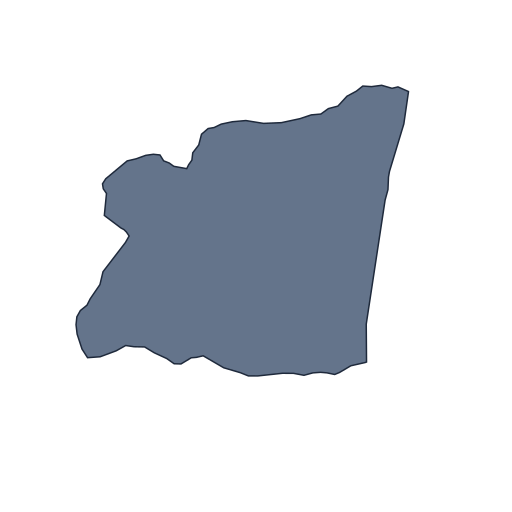 an SVG outline of Gharb - Chrarda - Béni Hssen, rotated 163°
{"feature_id": "MAR-1448", "entity_name": "Gharb - Chrarda - Béni Hssen", "entity_type": "Region", "adm_level": 1, "iso_a3": "MAR", "parent_name": "Morocco", "parent_adm1": "", "projection": "robinson", "projection_center": [-5.873, 34.557], "detail": "fine", "context": "isolated", "style": "filled", "palette": "slate", "viewbox_px": 512, "rotation_deg": 163, "n_neighbors": 0, "source": "natural_earth", "source_scale": "10m", "svg_char_len": 1231}
<svg xmlns="http://www.w3.org/2000/svg" viewBox="0 0 512 512"><g transform="rotate(163 256 256)"><path d="M62.1,368.6L76.0,339.1L103.6,297.9L106.2,292.8L110.4,280.9L116.2,271.7L170.5,158.6L181.3,122.3L182.6,122.2L197.4,123.3L210.2,120.2L215.4,119.7L222.3,123.5L228.3,125.9L235.8,127.6L245.0,127.9L254.4,132.8L264.9,136.1L289.4,140.8L298.4,143.6L305.1,149.0L319.5,158.5L335.7,176.0L342.7,176.5L347.7,177.6L359.3,174.7L365.8,176.9L371.3,184.0L381.6,193.2L389.1,201.6L399.2,204.9L406.8,208.5L417.4,206.2L434.5,205.2L446.8,208.0L449.6,217.9L449.9,233.6L448.2,242.9L445.1,250.2L439.9,255.2L432.0,258.4L427.0,263.6L413.6,274.3L406.9,285.7L376.9,307.1L371.5,312.2L372.9,316.8L374.5,319.8L377.0,322.3L389.2,339.1L380.7,359.5L382.4,364.9L381.7,369.9L377.1,373.8L351.4,384.6L342.4,384.0L332.0,384.5L324.4,383.3L318.3,380.7L316.5,374.0L311.8,370.3L308.4,365.8L296.7,359.8L293.7,363.0L289.3,366.4L286.3,373.2L278.3,378.9L272.5,388.4L264.5,391.9L258.5,391.1L250.7,392.3L239.3,391.3L226.1,388.5L210.0,380.6L192.8,376.1L174.0,374.5L161.9,374.8L152.5,372.8L143.7,375.8L133.9,375.4L122.3,382.2L111.8,384.3L104.2,387.3L96.0,384.2L85.9,382.5L76.9,376.6L70.8,376.2L62.1,368.7L62.1,368.6Z" fill="#64748b" stroke="#1e293b" stroke-width="1.5"/></g></svg>